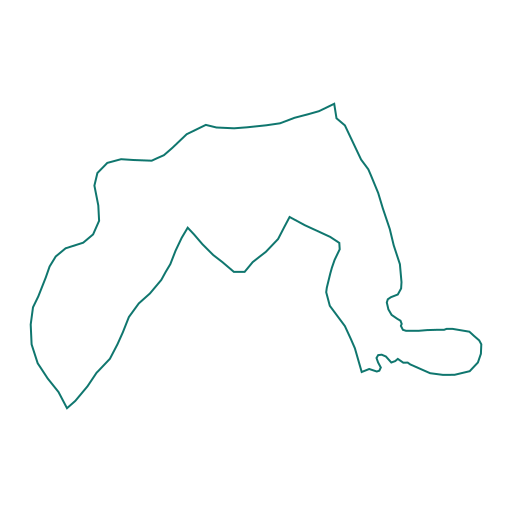 Isoko North, Delta, Nigeria (Natural Earth projection)
{"feature_id": "59680162B76063539046075", "entity_name": "Isoko North", "entity_type": "district", "adm_level": 2, "iso_a3": "NGA", "parent_name": "Nigeria", "parent_adm1": "Delta", "projection": "natural_earth1", "projection_center": [6.267, 5.521], "detail": "fine", "context": "isolated", "style": "outline", "palette": "teal", "viewbox_px": 512, "rotation_deg": 0, "n_neighbors": 0, "source": "geoboundaries", "source_scale": "gbopen_adm2", "svg_char_len": 1803}
<svg xmlns="http://www.w3.org/2000/svg" viewBox="0 0 512 512"><path d="M67.0,408.2L75.3,400.9L87.5,386.3L96.6,372.7L98.3,371.0L98.4,370.9L109.9,358.8L117.5,344.2L122.8,332.4L128.9,317.0L138.8,303.4L149.9,293.5L161.3,279.9L165.8,271.7L170.3,264.2L175.6,250.6L181.7,237.8L187.7,227.7L194.0,234.4L198.2,239.3L202.4,244.2L213.2,255.0L222.4,262.1L233.9,271.9L244.6,271.9L252.7,262.1L258.7,257.4L258.8,257.3L265.9,251.8L278.1,239.0L284.3,227.0L289.6,217.0L304.8,225.2L330.2,236.9L339.3,242.9L339.7,249.3L334.6,259.9L331.9,267.7L330.3,273.4L326.8,287.7L326.2,292.2L329.8,305.8L344.9,326.1L350.9,339.1L354.9,348.3L361.7,372.0L369.2,369.0L376.8,371.5L379.3,370.7L380.8,367.5L378.1,362.5L376.5,358.0L378.2,355.1L381.7,354.7L385.9,356.5L391.3,362.5L395.2,361.1L397.8,358.9L403.3,362.7L407.7,362.6L410.2,364.4L430.1,373.2L443.1,374.9L454.6,374.8L469.7,371.2L477.9,362.5L480.9,353.8L481.3,344.3L479.2,340.4L474.1,336.0L469.4,331.7L452.7,328.9L446.5,328.9L444.1,329.8L437.2,329.8L427.0,330.1L418.7,330.8L406.0,330.8L402.9,329.8L400.9,325.9L401.7,323.9L400.5,320.7L397.4,318.9L391.6,314.9L388.4,309.4L386.8,302.5L387.8,299.3L390.9,297.2L397.8,294.5L401.1,288.5L401.5,282.2L399.9,264.2L393.7,245.3L389.8,229.1L382.8,208.3L378.2,193.0L370.9,175.3L368.3,169.3L361.1,159.6L344.9,125.4L336.5,118.3L334.2,103.8L318.9,111.2L309.0,114.0L294.5,117.8L280.0,123.3L266.2,125.3L247.1,127.3L234.1,128.3L216.5,127.5L205.8,124.9L186.7,134.2L172.3,147.9L163.9,155.2L157.1,158.2L151.7,160.7L133.3,160.0L121.1,159.2L117.7,160.1L107.3,162.9L97.4,173.0L94.4,185.6L98.3,205.5L99.1,220.8L93.1,234.4L83.2,242.7L65.6,248.3L55.7,256.5L54.2,259.0L49.6,266.5L45.8,277.4L38.3,296.4L33.0,307.3L31.6,317.7L30.7,324.5L31.6,344.4L37.7,363.3L38.5,364.5L40.9,368.1L47.7,378.5L58.5,392.0L67.0,408.2Z" fill="none" stroke="#0f766e" stroke-width="2"/></svg>